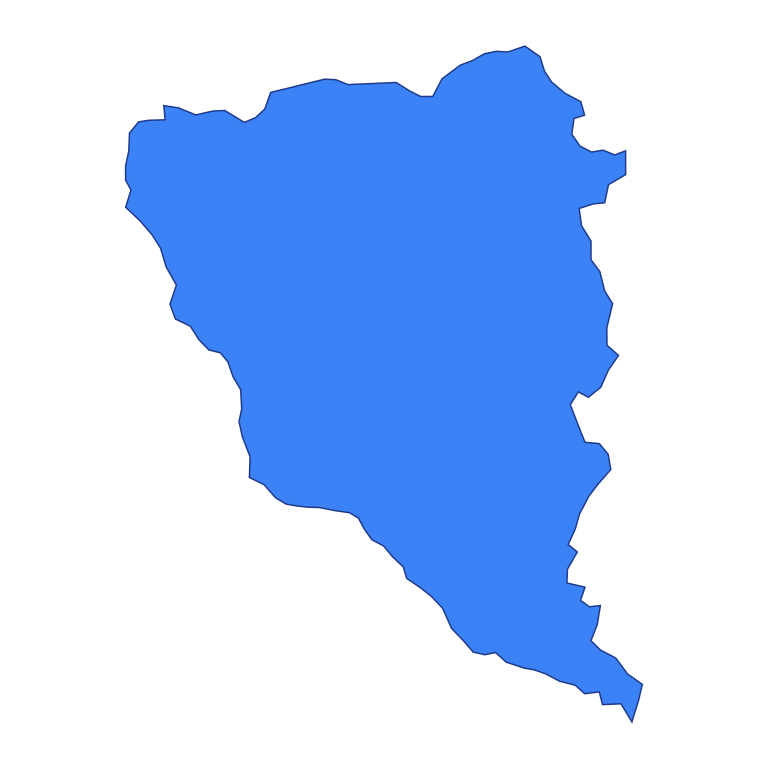 Guabiju, Rio Grande do Sul, Brazil (Natural Earth projection)
{"feature_id": "56859067B87020577713641", "entity_name": "Guabiju", "entity_type": "district", "adm_level": 2, "iso_a3": "BRA", "parent_name": "Brazil", "parent_adm1": "Rio Grande do Sul", "projection": "natural_earth1", "projection_center": [-51.652, -28.591], "detail": "fine", "context": "isolated", "style": "filled", "palette": "blue", "viewbox_px": 768, "rotation_deg": 0, "n_neighbors": 0, "source": "geoboundaries", "source_scale": "gbopen_adm2", "svg_char_len": 1829}
<svg xmlns="http://www.w3.org/2000/svg" viewBox="0 0 768 768"><path d="M625.6,150.8L614.7,155.0L603.0,150.1L591.7,152.1L580.1,146.2L571.8,134.3L574.0,118.5L584.6,115.1L580.8,101.7L564.8,93.2L551.6,82.0L544.5,71.2L540.0,56.7L524.9,46.1L507.8,52.0L496.3,51.3L484.3,53.8L472.4,60.6L460.2,65.2L442.1,78.7L432.7,96.5L420.7,96.5L409.9,91.1L396.2,82.5L348.0,84.6L335.8,79.7L324.5,79.2L270.7,92.4L264.7,109.2L255.4,117.7L244.3,122.4L224.8,110.5L213.3,111.0L195.6,114.9L178.7,107.9L163.8,105.6L165.1,119.8L148.7,120.3L138.6,121.9L129.5,133.0L128.8,150.8L125.6,166.1L125.6,180.1L131.0,190.1L125.6,207.2L140.4,221.2L152.3,235.1L160.6,248.3L166.2,267.0L176.4,285.1L170.0,304.2L175.4,319.0L190.3,326.2L199.1,339.9L208.9,350.0L220.4,352.8L227.9,361.9L233.0,376.6L240.7,389.8L241.7,409.0L239.0,421.6L242.4,436.9L250.1,456.8L249.4,477.5L264.1,484.7L275.7,497.9L286.1,504.1L297.0,506.0L307.9,507.2L319.4,507.5L334.8,510.6L349.5,512.7L358.4,518.1L364.4,529.2L371.9,539.8L383.4,545.8L392.4,556.6L403.3,567.0L406.7,578.4L420.3,587.7L431.2,596.2L442.7,608.4L451.5,628.3L463.4,640.7L473.2,652.1L484.7,654.7L495.6,652.6L506.3,662.2L524.2,668.1L534.2,669.9L545.5,673.8L559.8,681.3L575.2,685.2L584.6,693.7L599.3,691.9L602.5,704.6L621.0,703.8L631.9,721.9L638.5,700.5L642.4,684.4L627.7,674.1L615.7,658.0L600.4,650.0L591.0,640.7L597.2,624.7L600.4,605.5L589.5,606.8L580.5,600.4L585.0,587.2L566.9,583.0L567.5,569.1L577.3,552.0L568.2,544.5L575.2,529.2L579.5,514.0L588.9,496.1L598.0,484.2L610.8,469.5L608.1,454.2L599.3,443.6L585.0,442.3L577.3,422.9L570.3,404.6L578.4,391.9L588.4,397.3L600.8,387.2L608.5,369.9L618.5,355.4L607.0,345.3L606.8,328.0L609.6,316.1L612.6,303.7L604.7,291.0L599.8,271.6L591.0,259.7L591.0,241.1L581.6,225.8L579.1,208.5L593.2,203.9L604.7,202.8L608.5,184.7L625.6,174.6L625.6,150.8Z" fill="#3b82f6" stroke="#1e3a8a" stroke-width="1.5"/></svg>